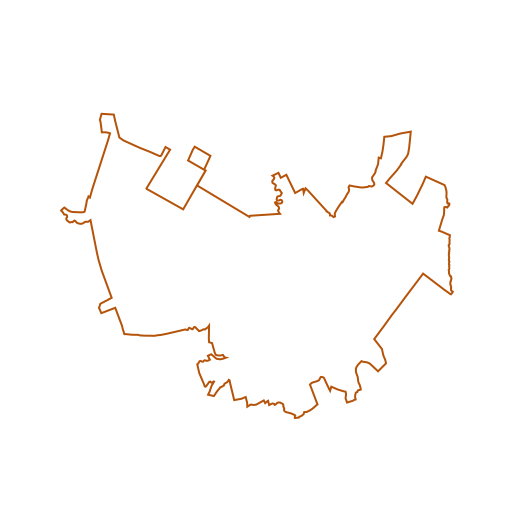 the district of Podu Iloaiei, Iasi, Romania, rotated 11°
{"feature_id": "2599482B47380888133055", "entity_name": "Podu Iloaiei", "entity_type": "district", "adm_level": 2, "iso_a3": "ROU", "parent_name": "Romania", "parent_adm1": "Iasi", "projection": "orthographic", "projection_center": [27.271, 47.215], "detail": "fine", "context": "isolated", "style": "outline", "palette": "amber", "viewbox_px": 512, "rotation_deg": 11, "n_neighbors": 0, "source": "geoboundaries", "source_scale": "gbopen_adm2", "svg_char_len": 6108}
<svg xmlns="http://www.w3.org/2000/svg" viewBox="0 0 512 512"><g transform="rotate(11 256 256)"><path d="M115.1,341.6L127.7,333.7L137.8,350.1L139.1,353.0L141.7,357.8L143.1,357.5L149.1,357.0L155.2,355.9L157.2,356.1L161.6,355.5L171.6,353.7L175.0,352.4L177.5,351.7L183.2,349.4L200.6,341.6L202.6,341.8L203.1,341.6L203.9,339.5L204.2,339.2L207.4,340.1L208.0,339.6L208.6,337.9L209.1,337.4L209.8,337.4L210.3,337.7L214.5,340.6L216.8,339.3L218.0,338.3L219.0,337.8L219.9,337.9L220.2,337.7L220.8,336.8L222.3,335.3L223.2,333.3L225.4,345.8L226.4,349.6L229.5,349.9L233.7,358.3L235.1,360.5L236.3,360.9L239.1,360.7L240.5,360.3L242.4,359.4L244.0,361.0L245.1,361.6L245.8,361.6L243.5,363.0L240.4,364.3L236.8,364.4L230.9,361.0L227.8,363.1L230.5,366.6L229.0,367.8L227.4,368.4L225.6,368.1L224.9,368.6L224.3,369.7L223.8,370.0L221.3,369.6L221.0,369.8L220.4,370.7L219.7,372.8L219.0,373.5L222.6,381.7L229.3,391.6L230.6,393.8L231.0,394.0L231.4,393.9L232.0,393.2L234.2,388.4L235.0,388.0L236.0,388.7L236.6,388.7L237.2,388.4L238.5,387.2L238.8,387.3L237.3,391.5L236.9,393.5L236.4,397.9L235.4,401.3L241.4,401.5L243.4,396.7L245.6,392.6L246.0,391.6L246.6,391.5L249.2,389.2L249.3,387.8L250.1,386.8L251.8,385.3L252.6,383.9L252.9,382.8L253.8,383.1L255.0,386.1L262.1,401.6L269.0,398.9L272.8,396.4L275.4,402.0L276.2,405.6L279.2,402.8L282.1,402.7L284.5,401.9L291.2,396.3L293.1,398.7L295.1,396.1L295.5,395.8L297.3,399.8L300.1,397.7L300.5,397.6L301.8,397.6L302.7,398.6L303.7,397.9L304.6,396.5L305.3,395.9L306.3,395.4L307.6,395.3L310.2,396.0L311.0,396.5L311.4,397.3L311.4,398.4L312.8,400.3L312.9,401.7L313.2,402.4L313.7,402.9L315.3,403.5L320.4,403.8L324.4,404.7L324.9,405.1L324.7,405.7L325.1,407.6L328.9,406.4L329.0,405.8L329.3,405.5L329.9,405.2L331.6,403.8L332.8,402.3L333.0,401.9L333.1,400.0L335.4,399.5L338.1,397.5L340.1,395.6L341.8,393.6L344.0,390.6L344.7,390.0L333.5,371.9L334.6,370.3L335.7,369.4L339.7,367.3L341.5,366.0L342.6,362.5L343.2,362.2L344.8,362.2L345.8,362.6L346.3,363.1L350.5,369.0L354.4,374.2L354.9,369.9L361.4,371.4L367.8,372.1L369.8,372.1L370.7,374.1L370.9,375.6L370.9,377.3L371.2,378.9L372.6,381.1L373.3,382.5L378.7,379.6L380.3,378.2L381.2,377.8L380.2,375.5L380.0,374.4L379.9,373.3L380.1,371.2L380.6,370.6L381.4,370.2L381.6,368.9L382.0,368.2L383.9,367.5L384.3,367.1L383.8,365.5L382.4,362.8L381.1,361.1L380.3,359.7L378.9,355.3L376.3,351.0L375.6,347.8L375.8,346.0L376.8,343.4L379.6,339.1L381.1,339.4L385.3,339.2L388.3,339.9L397.8,345.9L404.1,336.6L403.4,334.8L402.0,332.2L400.8,330.6L399.6,328.5L397.4,323.3L387.9,315.0L394.5,301.3L400.6,288.1L403.7,282.0L410.2,268.4L423.4,241.4L447.3,253.2L454.1,256.3L454.7,256.4L455.8,254.5L456.0,253.4L454.4,252.8L454.0,252.3L453.6,250.8L453.7,250.0L453.3,249.0L453.3,248.5L452.3,247.2L452.0,245.6L451.8,245.0L451.9,244.3L451.8,243.7L452.1,243.3L452.0,243.0L452.2,240.8L451.7,240.1L451.5,239.1L451.2,238.7L450.5,238.7L448.7,236.2L448.6,234.9L447.8,232.8L448.2,231.8L447.9,230.3L447.5,229.2L447.6,228.0L447.1,227.6L446.9,227.1L446.9,225.5L446.7,225.1L446.9,224.4L446.2,223.6L446.0,222.2L446.1,221.9L445.9,221.3L446.0,220.9L445.0,218.0L445.2,216.7L444.6,215.7L444.9,214.6L444.5,213.3L444.7,212.6L444.1,210.7L443.5,210.0L443.1,208.3L443.5,208.0L443.7,207.1L443.2,205.1L443.0,203.3L442.4,201.8L442.6,200.3L442.4,199.7L442.4,198.6L433.3,196.6L430.7,196.3L431.8,185.1L432.6,179.8L432.3,177.0L431.7,173.7L431.6,172.1L433.5,171.6L434.5,171.9L435.2,170.4L435.9,169.5L435.9,168.8L435.8,168.3L435.9,167.8L435.6,167.5L435.2,167.5L435.0,167.9L434.4,168.0L433.6,167.3L433.3,166.3L433.1,164.2L432.9,163.8L431.7,162.3L430.9,157.2L430.4,155.6L428.9,152.4L427.5,150.4L407.6,145.7L406.0,153.0L402.6,165.8L399.7,174.9L369.7,159.5L372.4,154.5L377.9,145.2L381.0,138.5L381.1,138.2L380.9,138.1L381.8,136.0L384.6,130.5L385.4,128.5L385.8,126.3L385.7,120.6L384.2,104.4L374.2,108.3L365.9,112.5L359.2,114.5L359.9,122.4L360.2,129.6L360.0,136.3L357.7,136.0L358.3,142.7L357.1,149.3L357.3,150.2L357.0,151.9L355.8,154.8L355.1,156.1L355.0,157.3L355.8,159.6L356.8,160.4L358.1,161.9L358.5,163.3L358.1,164.2L356.5,165.7L353.4,165.8L352.6,166.8L348.4,168.2L345.8,168.7L338.5,169.0L334.4,168.9L333.9,170.2L333.8,171.0L334.6,172.6L334.8,173.7L334.8,174.9L334.5,176.0L333.5,178.1L332.6,181.4L331.8,183.3L330.7,186.7L330.1,186.4L328.1,190.8L326.0,196.2L325.3,198.8L325.3,199.8L326.0,202.1L324.7,203.0L322.9,202.0L321.3,201.8L320.9,202.0L320.2,200.0L316.8,198.8L316.8,198.4L295.3,182.4L291.7,180.1L290.8,185.0L289.4,181.0L289.0,181.1L282.4,186.7L270.3,170.5L265.4,174.5L262.2,170.1L256.9,174.0L258.0,174.5L259.0,175.5L258.9,177.1L257.8,178.9L257.8,180.1L258.3,181.1L261.3,182.2L262.0,182.8L261.9,186.0L262.3,187.4L263.4,187.7L265.5,186.5L266.7,186.6L267.4,187.6L269.0,188.9L269.3,189.3L269.3,189.7L268.5,192.1L267.5,192.8L266.0,193.3L265.7,193.6L265.5,194.1L265.4,196.0L265.5,196.7L265.9,197.2L266.2,197.4L267.0,197.4L268.0,197.0L269.4,196.1L270.5,196.3L271.4,197.4L271.4,198.0L271.2,198.9L270.5,199.5L269.6,199.9L267.4,200.3L265.5,199.3L264.8,199.4L264.5,199.8L265.0,200.8L266.2,201.9L268.7,203.2L269.6,204.7L269.5,205.5L269.0,206.6L269.0,207.3L270.3,209.0L271.5,210.0L242.7,217.6L242.3,217.8L242.1,218.9L184.7,198.0L190.3,181.7L188.6,181.1L192.2,166.4L175.0,160.4L173.7,163.8L171.1,175.2L189.7,181.6L190.1,181.9L175.6,224.1L135.9,211.0L135.6,210.7L135.7,210.2L151.4,168.0L146.4,166.3L143.8,175.4L143.2,176.1L142.1,176.3L132.5,174.1L121.3,172.0L104.0,167.9L99.3,165.8L92.4,151.2L89.4,144.3L77.3,145.9L77.1,147.7L76.8,152.4L77.7,153.7L81.1,164.0L84.5,163.3L87.7,163.2L89.3,163.4L88.6,171.2L82.6,220.9L81.8,230.3L80.2,229.5L80.1,230.5L79.3,233.9L79.5,236.2L79.3,245.1L78.8,245.6L77.6,246.1L75.6,246.6L67.4,247.8L65.0,247.7L63.0,247.1L58.6,245.0L56.0,248.4L56.5,249.0L57.9,249.8L59.8,251.9L61.7,251.7L62.2,251.9L62.8,252.5L63.2,253.6L63.1,254.1L62.6,255.1L62.9,256.3L63.6,257.1L66.6,258.6L67.0,258.6L68.2,257.9L69.1,257.9L69.6,257.7L70.5,256.3L71.2,255.8L72.0,256.1L73.5,257.4L74.6,257.8L77.2,258.0L78.6,257.6L79.2,257.4L80.9,256.0L81.2,255.5L82.4,254.8L84.6,254.5L86.7,252.4L99.2,283.1L102.2,289.9L107.4,299.9L122.3,324.6L112.3,332.6L112.1,333.7L112.1,335.1L111.7,336.7L115.1,341.6Z" fill="none" stroke="#b45309" stroke-width="2"/></g></svg>